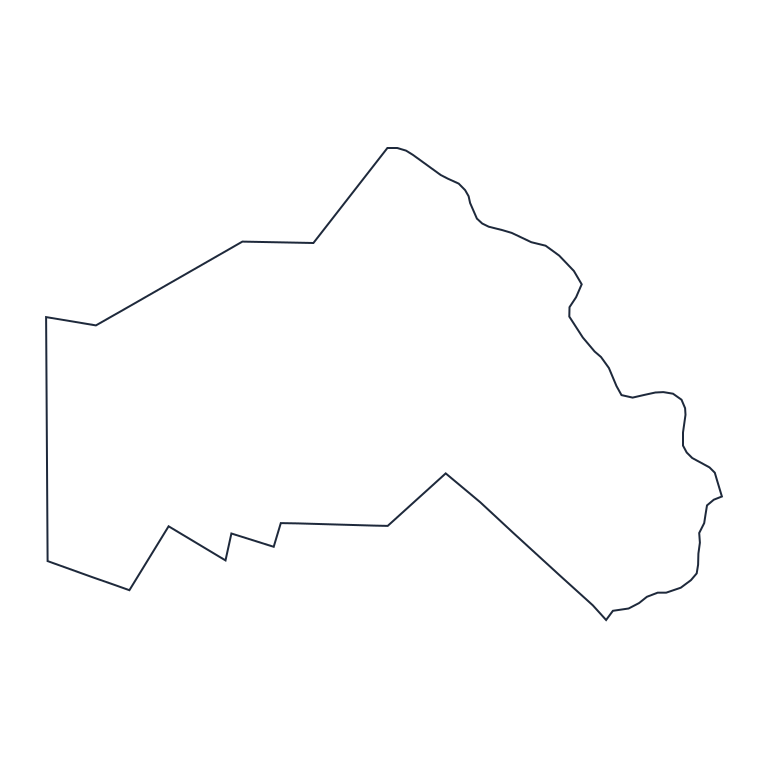 Lagoa do Piauí, Piauí, Brazil
{"feature_id": "56859067B46301413815752", "entity_name": "Lagoa do Piauí", "entity_type": "district", "adm_level": 2, "iso_a3": "BRA", "parent_name": "Brazil", "parent_adm1": "Piauí", "projection": "albers", "projection_center": [-42.544, -5.453], "detail": "fine", "context": "isolated", "style": "outline", "palette": "slate", "viewbox_px": 768, "rotation_deg": 0, "n_neighbors": 0, "source": "geoboundaries", "source_scale": "gbopen_adm2", "svg_char_len": 1167}
<svg xmlns="http://www.w3.org/2000/svg" viewBox="0 0 768 768"><path d="M387.4,148.0L313.4,243.0L242.4,241.6L126.5,308.0L95.9,325.4L46.1,317.1L47.6,561.1L93.0,577.4L114.5,584.9L129.4,590.2L168.6,526.3L225.5,560.4L231.4,533.5L273.7,546.8L277.2,535.1L280.8,523.1L297.9,523.4L373.9,525.6L387.7,525.9L445.7,473.4L480.2,502.2L512.6,532.3L559.5,575.2L592.8,605.3L606.1,620.0L612.9,610.8L628.6,608.5L639.0,603.1L646.9,596.8L657.6,592.7L666.1,592.7L680.8,587.7L691.0,580.1L696.7,573.4L698.1,564.7L698.4,553.6L699.9,542.7L699.2,533.0L704.2,523.1L705.6,514.0L707.0,505.4L713.8,499.7L721.9,496.5L717.0,480.2L714.8,472.7L709.5,467.4L692.2,458.0L686.7,452.5L683.0,445.6L683.0,432.5L685.5,414.8L685.1,408.2L681.5,399.7L673.0,393.7L663.4,392.1L655.4,392.5L644.4,394.9L632.6,397.6L621.5,395.1L616.5,386.1L608.9,368.0L601.0,357.0L594.6,351.5L582.8,337.5L569.3,316.6L569.5,307.2L576.1,297.2L581.7,284.3L573.9,271.0L559.2,255.6L545.6,245.7L531.3,242.2L511.7,232.9L502.3,230.1L488.7,226.7L482.2,223.5L476.9,218.6L470.1,203.0L468.6,196.2L465.1,190.1L458.7,183.6L447.9,178.7L440.7,175.0L412.8,154.8L406.0,150.6L397.2,148.0L387.4,148.0Z" fill="none" stroke="#1e293b" stroke-width="2"/></svg>